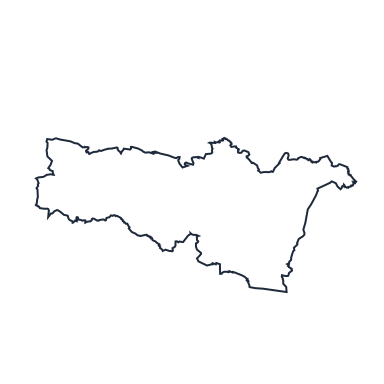 the district of Ixmiquilpan, Hidalgo, Mexico, rotated 287°
{"feature_id": "50627088B45047624087039", "entity_name": "Ixmiquilpan", "entity_type": "district", "adm_level": 2, "iso_a3": "MEX", "parent_name": "Mexico", "parent_adm1": "Hidalgo", "projection": "equal_earth", "projection_center": [-99.19, 20.539], "detail": "fine", "context": "isolated", "style": "outline", "palette": "slate", "viewbox_px": 384, "rotation_deg": 287, "n_neighbors": 0, "source": "geoboundaries", "source_scale": "gbopen_adm2", "svg_char_len": 6053}
<svg xmlns="http://www.w3.org/2000/svg" viewBox="0 0 384 384"><g transform="rotate(287 192 192)"><path d="M124.0,311.7L128.8,309.8L130.9,306.1L134.4,305.0L135.0,304.3L135.9,304.1L137.3,302.6L138.8,302.4L138.8,304.7L139.3,307.2L140.0,308.5L143.1,308.5L146.0,310.6L146.6,310.4L146.9,309.8L147.8,309.7L148.5,306.6L149.2,306.3L149.3,305.5L150.5,305.9L150.9,304.2L152.3,305.7L153.8,305.4L156.0,306.6L158.4,306.0L163.9,306.0L165.6,306.3L166.2,306.9L168.5,305.8L172.3,308.0L173.3,308.0L173.8,307.4L177.5,307.7L178.5,308.0L182.3,311.2L184.1,311.9L185.6,311.6L188.5,309.5L195.7,309.4L209.2,307.8L215.7,309.7L225.3,311.6L229.1,311.8L230.0,312.2L231.9,311.0L241.1,321.3L243.0,322.5L242.5,326.9L239.7,329.7L238.1,333.2L239.3,333.9L241.1,333.9L242.9,335.1L242.6,335.5L243.3,335.3L242.9,336.0L241.6,336.2L241.8,337.6L241.4,338.4L241.5,339.2L242.2,339.7L242.0,340.3L242.8,340.4L243.6,342.2L244.8,342.3L245.0,342.8L244.7,343.2L245.4,344.0L246.5,343.8L247.6,344.4L248.0,343.9L248.0,345.4L248.9,345.5L249.1,345.0L249.2,345.7L249.9,346.0L251.4,342.9L254.0,339.2L254.1,338.2L254.7,338.3L254.6,336.6L255.8,336.3L255.8,335.9L257.1,335.9L257.1,335.5L257.7,335.6L257.7,335.2L258.4,335.3L259.7,334.7L259.7,333.8L261.2,333.4L261.8,325.3L261.3,324.2L259.9,323.8L258.6,322.2L258.6,321.4L257.8,320.5L258.1,317.9L260.7,317.4L261.4,316.1L266.1,310.9L261.9,304.6L261.1,305.1L258.7,304.2L258.1,304.0L257.0,301.8L256.8,302.3L256.5,302.2L256.8,301.3L255.4,298.6L255.6,297.9L256.3,298.0L256.1,297.1L257.6,295.8L257.8,294.9L256.5,294.4L256.8,292.9L257.3,292.8L257.3,291.3L257.7,290.5L257.7,289.8L257.3,289.9L257.3,288.8L257.7,286.7L257.1,285.6L255.1,283.5L254.5,283.6L253.6,282.9L253.0,279.6L251.1,275.6L251.2,274.6L251.9,273.8L255.2,273.7L256.7,272.9L257.0,272.4L256.9,270.5L256.3,269.7L254.6,269.0L245.3,266.7L245.1,267.3L239.1,264.1L235.0,263.5L234.7,262.7L235.0,261.7L233.7,260.4L232.1,255.0L230.5,251.9L231.5,250.3L231.8,249.0L233.1,249.4L234.3,247.8L236.4,246.6L237.8,242.0L237.8,241.6L237.2,241.1L237.2,240.4L238.1,239.6L239.7,237.1L240.8,235.2L240.9,234.3L242.0,233.8L243.1,235.2L244.6,235.9L246.6,234.2L247.0,229.9L246.2,228.5L244.0,227.7L243.3,226.3L243.3,224.5L245.4,223.8L245.5,224.3L246.5,224.3L247.2,221.5L248.2,221.0L247.8,220.6L248.2,219.7L246.6,216.5L247.9,215.0L249.5,215.9L250.3,215.4L250.4,214.6L251.3,214.1L251.4,213.2L252.1,212.0L251.9,211.4L252.8,209.8L252.4,208.7L253.0,208.3L252.6,207.5L253.0,207.0L252.2,206.1L250.9,206.5L251.1,205.6L250.0,205.8L249.4,203.5L248.1,203.5L247.6,204.0L247.3,203.7L247.3,203.1L247.8,202.5L247.0,201.9L246.3,200.3L246.5,199.2L245.6,199.6L244.4,194.5L244.2,194.3L244.2,195.1L243.1,196.7L239.8,198.4L239.5,199.0L237.5,198.9L236.0,199.8L235.2,199.7L234.2,198.8L232.3,194.2L227.4,193.6L227.6,189.0L227.0,188.2L227.4,187.5L227.2,187.2L226.5,187.8L226.6,185.9L225.5,183.0L224.7,182.1L223.6,182.0L220.0,185.0L218.4,185.0L218.2,179.5L218.5,177.8L217.6,176.9L216.5,176.9L215.8,178.1L215.7,180.0L212.7,175.8L215.4,171.8L217.2,170.3L218.5,169.5L220.2,170.2L221.8,169.9L221.2,168.2L219.9,167.2L219.6,165.2L220.1,158.9L219.5,150.6L219.9,144.9L219.2,143.6L218.7,145.2L218.1,143.2L217.3,144.9L217.4,139.2L216.0,135.9L216.4,133.2L217.0,132.2L217.8,127.8L217.6,121.2L217.3,120.5L215.8,121.0L214.5,120.3L213.5,114.1L212.4,114.1L210.3,113.1L208.1,112.8L209.4,111.3L210.1,109.6L211.1,108.4L212.4,108.0L212.6,107.1L210.1,102.6L208.7,98.7L208.2,98.3L207.2,96.4L204.9,93.4L204.5,92.2L204.7,91.0L203.0,89.9L201.4,86.0L198.3,82.6L198.8,81.9L199.7,81.5L199.9,80.7L199.1,79.6L200.1,78.7L200.6,78.6L202.5,80.0L203.7,80.2L204.4,79.9L204.5,79.1L203.8,77.6L203.9,76.3L203.4,76.2L202.7,74.4L204.9,68.6L204.4,65.5L204.9,60.8L203.6,50.3L203.6,46.5L203.1,45.4L201.1,43.1L200.3,38.0L197.7,38.1L196.6,39.6L192.2,40.7L189.4,40.7L184.4,43.0L183.6,43.5L180.9,49.0L176.8,48.8L172.8,47.6L172.5,48.8L171.5,49.5L171.3,50.1L171.3,52.7L169.8,53.2L168.0,54.7L167.6,51.6L165.9,48.0L163.8,46.3L162.8,45.0L161.0,40.8L159.4,38.9L158.8,40.3L155.5,42.8L154.2,42.3L152.7,43.1L150.2,42.2L149.2,43.5L142.0,46.1L139.6,46.1L135.7,46.9L133.9,46.4L133.6,46.9L133.7,48.6L133.2,48.9L133.1,50.2L132.1,51.3L132.8,55.6L133.8,58.8L133.6,59.6L132.6,60.5L126.0,61.8L130.2,63.4L130.7,64.8L133.5,66.1L135.2,68.2L135.3,69.2L134.5,72.1L132.7,76.2L133.0,79.6L132.7,80.4L131.4,81.0L129.8,82.4L129.2,84.0L129.3,84.9L129.0,86.2L127.7,86.8L128.2,87.5L130.4,88.4L130.3,90.4L131.1,90.4L132.1,89.4L133.8,89.0L134.3,89.2L134.4,90.2L132.4,91.5L132.8,93.8L132.5,95.7L133.4,96.9L133.6,98.3L131.5,98.9L132.8,100.2L134.4,103.6L135.7,104.4L136.7,104.1L137.6,104.7L137.8,106.3L136.9,109.5L137.3,110.0L137.2,111.0L138.3,111.9L139.9,115.5L139.4,117.3L139.8,117.9L142.2,117.8L143.7,120.3L146.0,121.4L145.9,122.9L147.0,124.0L147.1,125.4L146.6,126.0L147.3,127.1L146.4,131.5L145.9,132.4L145.5,132.2L145.1,132.9L144.8,134.2L143.9,134.5L144.0,135.1L143.0,136.0L143.3,136.4L142.3,138.2L142.8,139.4L140.6,141.5L140.0,142.6L138.7,142.2L136.1,146.2L135.7,150.1L134.6,152.6L134.9,154.3L134.7,155.2L137.9,161.1L137.3,162.8L137.0,162.7L137.1,163.8L136.6,164.4L137.1,164.6L137.1,165.6L135.6,166.4L136.1,167.4L134.4,168.4L134.0,171.7L133.2,172.9L132.5,175.9L131.5,175.8L131.5,176.6L130.8,176.3L129.9,177.8L129.1,177.8L128.4,179.9L127.1,181.3L129.1,183.5L129.0,187.2L129.6,190.6L130.4,190.8L132.6,189.8L134.5,191.6L135.7,191.9L139.9,190.7L140.4,191.9L139.9,193.6L140.9,194.3L141.5,198.1L149.1,201.0L151.5,202.9L152.2,202.6L151.5,203.9L151.4,205.7L152.2,208.4L151.9,211.1L150.8,209.6L147.4,210.9L146.6,212.4L145.2,212.1L144.1,210.8L140.8,211.8L138.3,213.7L136.4,218.4L135.8,218.7L134.9,218.6L129.9,216.2L127.5,218.5L126.1,227.9L128.5,231.8L129.1,232.1L128.9,233.0L129.5,233.2L129.2,233.7L129.9,233.2L129.8,236.0L131.2,236.0L131.1,239.8L122.0,242.8L122.5,244.3L123.6,244.5L125.0,245.9L125.8,248.1L125.9,249.9L126.5,250.0L126.5,250.9L127.2,250.9L126.9,254.3L127.4,254.3L127.3,255.2L127.6,255.4L126.9,264.1L126.3,267.2L125.2,269.5L125.1,270.4L123.9,270.1L123.9,270.9L123.4,270.8L123.4,271.6L122.9,271.5L122.7,272.1L122.2,271.9L119.9,273.9L117.9,274.9L118.6,280.9L120.3,288.1L124.0,311.7Z" fill="none" stroke="#1e293b" stroke-width="2"/></g></svg>